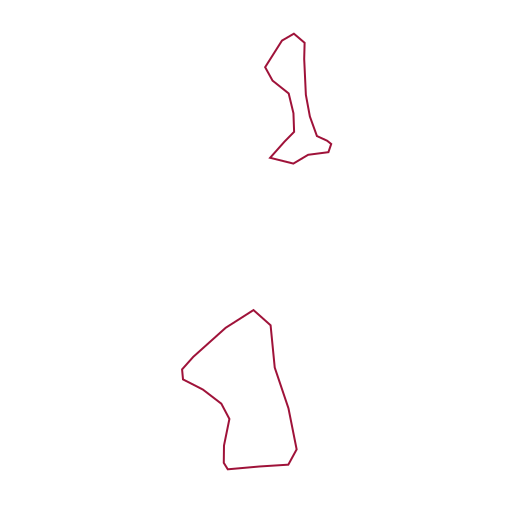 outline of Manu'a, American Samoa, United States of America, rotated 79°
{"feature_id": "52423323B93715825211285", "entity_name": "Manu'a", "entity_type": "district", "adm_level": 2, "iso_a3": "USA", "parent_name": "United States of America", "parent_adm1": "American Samoa", "projection": "albers", "projection_center": [-169.56, -14.213], "detail": "fine", "context": "isolated", "style": "outline", "palette": "rose", "viewbox_px": 512, "rotation_deg": 79, "n_neighbors": 0, "source": "geoboundaries", "source_scale": "gbopen_adm2", "svg_char_len": 615}
<svg xmlns="http://www.w3.org/2000/svg" viewBox="0 0 512 512"><g transform="rotate(79 256 256)"><path d="M308.6,268.8L320.7,299.5L343.0,336.8L353.2,350.2L363.2,351.2L377.0,333.6L394.4,318.2L410.9,313.2L436.0,323.6L452.9,327.1L460.0,324.4L463.3,292.6L467.0,264.1L453.6,253.0L411.7,253.2L369.1,258.9L326.8,254.9L308.6,268.8ZM45.0,176.4L49.5,189.4L72.4,211.0L87.0,206.3L102.7,192.9L123.0,192.0L141.4,194.9L149.1,206.1L162.3,223.4L172.4,201.7L166.6,185.5L167.9,165.1L160.4,160.8L156.4,164.2L149.9,173.3L129.3,176.5L107.3,176.3L71.8,171.1L56.0,167.6L45.0,176.4Z" fill="none" stroke="#9f1239" stroke-width="2"/></g></svg>